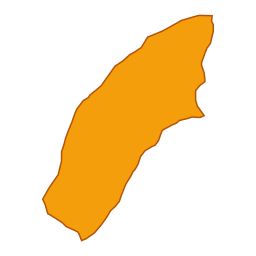 Mopa-Muro, Kogi, Nigeria (Albers equal-area conic projection)
{"feature_id": "59680162B35933805912396", "entity_name": "Mopa-Muro", "entity_type": "district", "adm_level": 2, "iso_a3": "NGA", "parent_name": "Nigeria", "parent_adm1": "Kogi", "projection": "albers", "projection_center": [5.939, 8.139], "detail": "fine", "context": "isolated", "style": "filled", "palette": "amber", "viewbox_px": 256, "rotation_deg": 0, "n_neighbors": 0, "source": "geoboundaries", "source_scale": "gbopen_adm2", "svg_char_len": 1400}
<svg xmlns="http://www.w3.org/2000/svg" viewBox="0 0 256 256"><path d="M81.6,240.6L86.2,238.7L90.4,235.7L94.6,232.7L97.5,229.3L99.7,226.7L100.9,225.3L101.7,224.2L106.5,217.6L110.6,210.6L111.6,209.7L115.1,206.6L118.1,202.8L119.4,201.2L121.5,194.9L122.2,193.2L125.8,184.2L130.8,176.1L132.9,171.9L135.4,168.9L138.0,164.2L140.5,156.6L145.1,150.6L150.9,147.2L152.3,146.4L155.2,145.1L158.6,140.4L159.9,136.6L160.8,134.0L162.4,130.2L166.2,128.1L168.7,126.8L172.5,124.7L175.9,123.4L179.6,120.4L181.1,120.1L182.5,119.7L185.0,119.1L186.8,118.7L192.3,117.0L197.3,117.4L200.3,117.4L204.1,115.7L202.4,113.2L197.3,106.0L195.6,100.0L195.6,96.1L195.6,90.6L199.8,85.5L204.9,81.7L204.9,79.2L204.1,72.8L201.5,65.1L201.5,62.6L202.4,60.4L203.6,57.0L204.9,53.2L207.0,48.1L210.4,43.4L211.2,40.0L213.3,31.1L213.3,28.5L213.3,24.7L211.6,21.3L212.1,15.7L199.4,15.4L195.9,16.2L192.7,17.1L184.9,19.4L181.3,20.5L171.6,26.0L162.5,31.0L155.3,34.0L147.6,37.1L141.4,47.4L135.3,51.6L129.6,54.8L123.3,60.6L115.0,66.2L109.2,74.4L104.3,81.3L101.1,85.9L93.2,92.4L89.7,95.2L88.5,97.5L85.9,99.0L83.4,100.5L77.1,108.7L75.1,112.9L72.1,121.6L68.0,131.6L65.6,138.3L63.6,145.8L61.6,151.6L61.5,161.1L60.3,166.0L58.2,174.7L49.3,187.5L42.7,199.2L42.8,199.5L44.9,203.8L47.8,213.6L53.3,216.9L55.4,218.2L62.6,222.9L62.8,223.2L66.4,226.7L71.4,228.9L75.7,230.9L77.7,231.9L79.0,234.0L81.6,240.6Z" fill="#f59e0b" stroke="#b45309" stroke-width="1.5"/></svg>